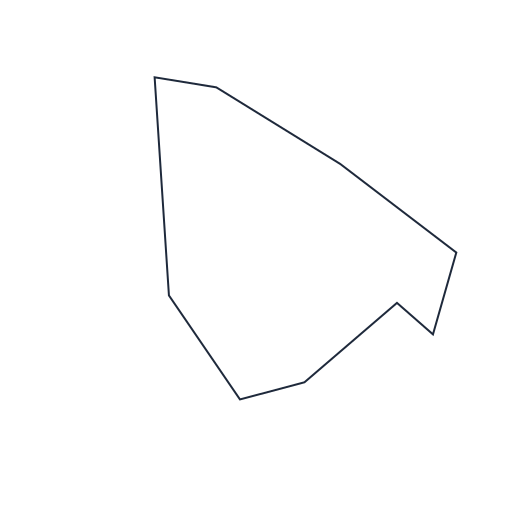 the border of Sliema, rotated 307°
{"feature_id": "MLT-5936", "entity_name": "Sliema", "entity_type": "state/province", "adm_level": 1, "iso_a3": "MLT", "parent_name": "Malta", "parent_adm1": "", "projection": "natural_earth1", "projection_center": [14.506, 35.912], "detail": "fine", "context": "isolated", "style": "outline", "palette": "slate", "viewbox_px": 512, "rotation_deg": 307, "n_neighbors": 0, "source": "natural_earth", "source_scale": "10m", "svg_char_len": 284}
<svg xmlns="http://www.w3.org/2000/svg" viewBox="0 0 512 512"><g transform="rotate(307 256 256)"><path d="M337.7,67.5L366.8,122.8L380.2,268.0L379.3,413.9L299.9,444.5L303.4,396.8L184.3,370.7L131.8,329.5L172.1,210.2L337.7,67.5Z" fill="none" stroke="#1e293b" stroke-width="2"/></g></svg>